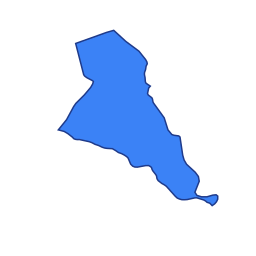 Dedza, Mercator projection, rotated 254°
{"feature_id": "MWI-1907", "entity_name": "Dedza", "entity_type": "District", "adm_level": 1, "iso_a3": "MWI", "parent_name": "Malawi", "parent_adm1": "", "projection": "mercator", "projection_center": [34.115, -14.229], "detail": "fine", "context": "isolated", "style": "filled", "palette": "blue", "viewbox_px": 256, "rotation_deg": 254, "n_neighbors": 0, "source": "natural_earth", "source_scale": "10m", "svg_char_len": 1534}
<svg xmlns="http://www.w3.org/2000/svg" viewBox="0 0 256 256"><g transform="rotate(254 128 128)"><path d="M37.8,195.5L34.8,194.6L32.7,192.7L31.2,190.4L30.2,187.5L33.2,185.9L34.8,183.5L36.5,182.4L38.0,180.9L41.9,174.9L42.4,173.0L42.9,165.2L43.5,162.4L44.3,159.9L45.6,157.8L47.1,156.0L49.4,154.6L61.4,148.8L63.3,147.3L65.4,145.2L69.1,142.5L71.2,141.9L74.3,142.2L75.9,141.7L80.1,140.0L81.7,139.7L83.4,139.7L84.7,139.0L86.2,137.5L87.0,134.5L87.8,126.3L88.6,123.8L90.0,122.0L92.5,120.6L99.1,119.8L100.9,118.8L103.0,117.0L105.1,114.8L107.1,112.0L109.7,109.9L112.4,107.3L114.2,102.2L115.2,100.0L116.7,97.8L119.3,94.9L121.4,91.8L123.9,89.2L125.5,87.0L130.3,78.1L130.9,75.9L131.7,74.2L132.6,73.0L134.7,71.9L139.1,68.7L142.3,65.7L145.4,60.5L153.0,71.3L163.6,81.7L166.0,84.6L171.8,95.1L177.3,103.3L180.1,106.2L182.2,107.5L182.9,107.2L183.8,106.4L187.5,102.5L188.6,101.6L189.5,100.9L190.2,100.5L191.5,100.1L223.7,101.0L225.8,133.7L225.8,141.2L211.8,149.8L198.8,159.7L188.9,163.8L186.2,164.4L184.4,164.2L182.4,162.4L179.5,161.1L178.3,160.3L177.3,159.5L176.1,158.9L174.6,158.5L171.9,158.3L167.9,157.5L166.9,157.5L166.1,157.7L164.3,159.1L164.2,159.2L162.1,161.0L160.7,158.9L155.8,156.3L154.3,156.5L153.0,157.4L151.7,158.4L150.4,159.3L149.0,159.5L146.3,159.2L145.0,159.4L127.8,165.6L115.2,165.9L109.7,168.3L108.4,170.1L106.4,174.6L105.0,175.5L86.8,173.1L81.8,173.1L77.0,174.3L67.0,180.4L62.0,182.3L57.2,181.8L47.8,174.6L44.2,175.7L41.6,179.7L40.1,184.9L40.1,191.1L39.5,194.3L37.8,195.5Z" fill="#3b82f6" stroke="#1e3a8a" stroke-width="1.5"/></g></svg>